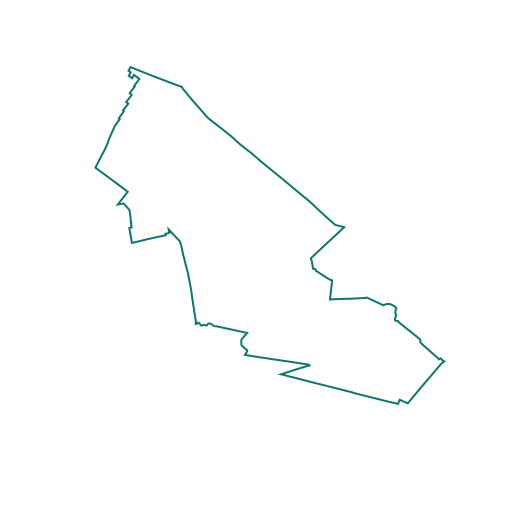 the district of Livezile, Timis, Romania, rotated 127°
{"feature_id": "2599482B86518739037606", "entity_name": "Livezile", "entity_type": "district", "adm_level": 2, "iso_a3": "ROU", "parent_name": "Romania", "parent_adm1": "Timis", "projection": "albers", "projection_center": [21.055, 45.391], "detail": "fine", "context": "isolated", "style": "outline", "palette": "teal", "viewbox_px": 512, "rotation_deg": 127, "n_neighbors": 0, "source": "geoboundaries", "source_scale": "gbopen_adm2", "svg_char_len": 4709}
<svg xmlns="http://www.w3.org/2000/svg" viewBox="0 0 512 512"><g transform="rotate(127 256 256)"><path d="M335.4,164.8L322.7,134.3L306.8,96.6L306.7,96.2L306.0,94.1L300.1,80.2L292.4,62.1L292.3,61.8L288.6,53.6L284.4,54.7L282.3,46.1L271.0,45.6L259.7,45.0L245.2,44.1L236.6,43.6L230.4,43.2L229.5,43.0L228.3,42.7L226.9,42.1L227.0,45.3L226.7,45.8L226.6,46.2L226.6,46.5L226.6,46.9L228.3,47.8L228.2,47.9L228.1,49.0L227.5,57.2L227.2,60.8L227.0,63.3L226.8,66.2L226.6,68.7L226.5,69.5L226.2,72.5L225.7,72.9L225.2,73.5L224.7,73.9L224.2,74.3L224.1,74.5L223.9,75.0L223.7,78.2L223.5,84.2L223.1,98.3L222.9,102.7L222.5,103.6L223.2,104.6L223.6,105.6L223.7,105.8L223.5,106.3L223.0,106.9L222.5,107.3L221.7,107.6L221.0,107.7L220.3,107.9L219.5,108.3L219.0,108.6L218.6,108.9L218.5,109.3L218.3,109.6L217.8,110.3L217.2,110.8L216.3,111.5L215.9,111.7L215.5,111.9L215.1,111.8L214.6,111.9L214.1,112.0L213.7,112.2L213.4,112.4L213.3,112.7L213.0,113.6L212.9,114.4L212.9,115.2L212.9,115.8L213.0,116.3L213.1,116.8L213.1,117.5L213.3,118.1L213.5,119.0L213.9,120.2L214.2,120.8L214.7,121.5L215.3,122.2L215.7,122.7L216.1,123.0L217.5,123.9L218.8,124.7L218.8,125.1L221.3,136.9L222.4,142.4L223.6,143.3L228.7,149.4L234.2,155.9L234.2,156.1L237.2,159.8L240.4,163.8L244.5,168.8L246.2,170.7L229.6,180.6L230.3,182.1L230.9,187.0L231.5,195.7L231.7,199.4L231.4,199.7L230.7,200.8L231.8,202.8L227.0,207.8L224.9,210.8L217.2,209.5L210.2,208.3L199.7,206.4L179.9,202.9L180.1,203.6L183.5,211.4L183.2,214.9L182.7,221.6L182.1,228.3L181.8,231.4L181.3,236.4L180.5,242.7L180.2,246.4L180.0,249.7L180.1,250.1L179.5,262.2L179.0,272.1L178.5,283.1L177.5,309.4L176.8,319.1L176.7,319.3L176.6,326.3L176.4,336.2L175.3,348.1L175.2,352.3L175.0,359.3L174.9,365.2L174.8,373.4L174.7,376.3L174.5,378.7L174.1,380.6L172.9,386.1L171.2,394.3L170.2,399.3L169.1,404.0L168.6,406.2L167.6,410.1L166.6,414.6L166.2,415.7L165.7,416.5L165.5,416.8L167.1,421.8L169.2,429.0L171.0,435.2L172.9,441.7L173.3,443.1L174.9,448.7L176.4,454.2L177.9,459.7L179.2,464.6L180.5,469.2L180.7,469.9L184.8,469.3L184.8,467.9L184.8,466.6L188.6,466.1L188.6,461.9L187.2,462.1L184.8,462.4L184.8,458.9L184.8,455.7L193.4,455.6L193.4,454.9L202.0,454.9L202.2,452.2L211.2,452.3L211.2,449.7L219.8,449.8L219.8,448.7L228.8,448.4L228.8,447.2L237.5,446.9L247.3,444.7L252.7,443.3L254.8,442.4L263.4,440.5L267.5,440.0L271.4,439.3L278.9,438.0L282.1,437.4L282.1,432.5L282.1,430.7L282.0,427.7L282.0,420.5L281.9,413.0L281.9,403.1L281.9,399.0L282.0,398.0L282.0,397.1L283.1,397.1L283.3,397.1L284.2,397.1L285.2,397.2L290.6,397.2L295.5,397.3L296.5,397.3L297.3,397.3L298.0,397.3L293.7,393.3L294.6,388.7L295.0,386.9L295.4,384.8L299.1,381.0L303.7,376.6L303.8,376.8L304.7,375.9L308.0,372.5L309.7,374.1L310.7,373.1L312.0,371.8L312.1,371.7L312.4,371.4L312.7,371.0L313.1,370.5L313.3,370.3L313.4,370.2L313.7,370.1L314.2,369.5L315.0,368.6L315.6,367.9L315.8,367.5L315.9,367.3L316.1,367.1L316.3,367.0L316.4,366.9L316.6,366.8L316.7,366.7L318.0,365.3L320.2,362.9L319.5,362.3L308.3,353.1L305.3,350.6L304.1,349.6L302.0,347.8L300.9,346.8L300.6,346.6L299.2,345.3L297.0,343.4L293.8,340.6L292.8,341.7L290.8,340.0L289.9,339.2L289.5,339.5L287.6,341.5L287.3,341.8L288.1,337.3L288.3,336.1L288.6,334.5L289.2,331.0L289.7,328.0L290.0,326.4L290.0,326.2L290.2,325.4L290.7,324.7L291.1,324.2L292.0,322.9L293.0,321.7L294.5,319.8L296.1,318.0L297.3,316.7L298.8,315.0L300.1,313.3L300.5,312.8L301.9,311.0L302.3,310.5L303.0,309.6L303.4,309.2L305.0,307.2L306.9,304.8L307.6,303.9L309.7,301.2L311.0,299.7L313.4,297.0L320.2,289.5L323.4,286.1L326.6,283.0L328.5,281.0L331.5,278.0L333.3,276.2L335.4,274.0L337.2,272.2L338.9,270.4L340.5,268.7L342.3,266.9L344.0,265.1L344.9,264.2L346.1,263.6L346.5,263.4L346.2,262.6L345.7,262.5L344.9,262.5L344.6,262.6L344.3,262.4L344.1,262.0L343.8,261.5L343.9,260.7L344.1,259.8L344.2,259.5L344.3,259.1L344.5,257.7L343.0,256.5L342.2,255.8L341.8,254.9L341.1,253.5L340.2,253.5L338.6,253.4L338.1,252.9L337.8,252.4L337.7,252.1L337.6,251.9L337.4,251.3L337.3,251.0L337.3,250.7L337.3,250.1L337.2,249.1L337.3,247.9L337.2,247.5L336.9,246.8L336.7,246.4L336.3,245.7L336.0,245.4L335.8,245.3L335.3,243.8L334.9,243.1L333.6,240.2L331.6,235.9L330.2,232.9L328.7,229.7L326.9,225.7L324.9,221.4L322.8,216.8L329.0,217.2L331.0,217.3L332.0,217.2L334.4,215.3L336.1,213.7L336.4,209.8L336.6,206.5L337.1,205.8L341.6,205.2L338.0,198.3L335.1,192.9L332.6,188.4L332.5,188.2L330.1,183.7L328.6,180.9L327.4,178.7L325.8,175.9L324.8,174.0L324.5,173.5L323.1,170.8L322.5,169.8L320.9,166.9L319.7,164.6L318.7,162.8L317.6,160.7L316.6,158.8L315.9,157.5L314.5,155.0L313.8,153.7L313.5,153.2L313.3,152.9L312.2,150.7L311.8,150.0L311.5,149.4L311.4,149.0L311.3,148.9L311.1,148.5L311.0,147.9L311.2,147.4L315.5,150.7L319.7,153.7L324.3,157.0L335.4,164.8Z" fill="none" stroke="#0f766e" stroke-width="2"/></g></svg>